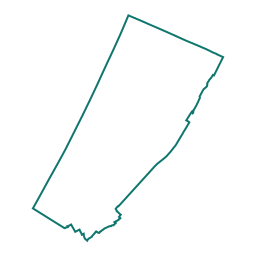 outline of Noordwijk, Zuid-Holland, Netherlands
{"feature_id": "6326949B12806125708238", "entity_name": "Noordwijk", "entity_type": "district", "adm_level": 2, "iso_a3": "NLD", "parent_name": "Netherlands", "parent_adm1": "Zuid-Holland", "projection": "albers", "projection_center": [4.48, 52.27], "detail": "fine", "context": "isolated", "style": "outline", "palette": "teal", "viewbox_px": 256, "rotation_deg": 0, "n_neighbors": 0, "source": "geoboundaries", "source_scale": "gbopen_adm2", "svg_char_len": 4337}
<svg xmlns="http://www.w3.org/2000/svg" viewBox="0 0 256 256"><path d="M205.1,48.7L203.8,48.1L201.3,47.1L200.8,46.8L186.4,40.8L178.4,37.2L166.4,31.8L147.9,23.8L146.2,23.0L128.4,15.4L120.7,33.6L112.7,51.2L105.7,66.1L97.0,85.1L90.6,98.7L82.7,115.0L65.5,149.3L57.6,163.8L48.5,180.1L39.6,196.4L32.9,208.4L63.0,227.2L63.1,227.3L63.6,227.5L64.1,228.0L64.3,228.1L64.6,228.1L64.8,228.1L65.0,228.1L65.5,227.8L65.5,227.7L66.4,227.2L66.5,227.2L66.8,227.2L67.1,227.3L67.3,227.4L67.3,227.5L67.7,227.9L67.6,227.7L67.7,227.3L67.8,227.1L67.9,226.9L68.0,226.9L68.0,226.7L68.3,226.4L68.5,226.2L68.4,226.1L68.5,226.1L68.7,225.9L68.8,225.8L69.5,225.4L71.1,224.5L71.4,225.0L72.6,227.2L73.3,228.3L73.5,228.7L75.2,231.8L79.5,229.6L80.4,231.7L80.5,231.7L81.0,232.5L81.4,233.6L81.6,234.0L81.8,234.6L81.9,234.8L82.7,234.3L82.9,234.2L83.2,233.9L83.7,233.7L83.8,234.6L83.8,234.8L83.8,235.3L83.9,235.6L83.9,235.9L84.0,236.4L84.1,236.8L84.2,237.0L84.4,237.4L84.5,237.7L84.6,237.9L84.7,238.1L84.8,238.3L85.2,238.9L85.4,239.1L85.5,239.2L85.5,239.3L85.8,239.4L86.0,239.5L86.3,239.8L86.9,240.4L87.1,240.6L87.2,240.4L87.4,240.1L87.5,240.1L87.7,239.7L88.0,239.3L88.6,238.7L88.8,238.5L89.5,238.3L90.0,237.9L91.7,236.8L91.8,236.8L91.9,236.7L92.0,236.2L92.6,235.6L93.1,234.9L93.9,234.1L94.2,233.7L94.3,233.5L94.7,233.2L94.9,232.9L95.1,232.8L95.2,232.6L95.3,232.6L95.5,232.3L95.6,232.1L95.6,231.9L96.0,231.5L96.1,231.4L96.3,231.4L96.6,231.6L97.4,232.2L98.2,232.7L98.3,232.8L98.5,232.8L98.6,232.7L98.8,232.7L99.0,232.8L99.3,232.9L99.6,232.5L99.7,232.3L99.8,232.2L99.9,231.9L100.0,231.8L100.0,231.7L100.8,231.3L101.0,231.3L101.1,231.2L101.3,231.1L101.4,230.9L101.5,230.8L101.5,230.7L101.8,230.5L102.2,230.2L102.5,230.0L102.6,229.9L102.9,229.8L103.0,229.6L103.5,229.3L103.9,229.0L104.1,228.8L104.2,228.7L104.4,228.6L104.7,228.5L105.1,228.2L105.7,228.0L107.1,227.3L108.5,226.6L109.0,226.5L109.2,226.4L109.8,226.1L110.0,226.1L110.7,226.1L110.9,226.1L111.1,226.1L111.3,225.9L111.5,225.6L111.9,225.4L112.2,225.3L112.6,225.2L112.9,225.2L113.2,225.2L113.4,225.1L113.5,225.2L114.3,224.6L114.8,223.8L115.5,223.4L114.4,222.1L114.9,221.8L115.1,221.7L115.7,221.4L116.0,221.8L116.2,221.6L116.6,221.1L116.8,220.9L117.3,220.6L117.7,220.3L117.9,220.2L118.0,220.1L118.4,219.9L118.6,219.9L118.8,219.4L118.9,219.2L119.5,218.8L119.7,218.7L120.2,218.5L120.4,218.2L119.0,216.9L120.8,214.7L120.6,214.5L120.2,214.3L118.6,212.8L118.0,212.2L117.4,211.7L116.7,211.1L116.7,210.9L116.8,210.7L116.3,210.0L115.7,208.9L115.8,208.8L115.9,208.7L116.6,207.6L117.6,206.5L117.7,206.4L118.3,206.0L118.5,206.2L118.8,205.9L123.0,201.3L132.8,190.5L140.7,181.8L148.6,173.1L150.8,170.7L152.6,168.7L155.0,166.0L155.5,165.6L156.4,164.6L157.5,163.6L159.8,161.8L162.3,159.8L163.8,158.6L166.1,156.6L166.4,156.4L166.8,156.0L167.8,154.8L170.4,151.9L171.5,150.5L172.2,149.6L174.0,147.3L174.8,146.4L175.9,144.9L176.8,143.4L178.0,141.3L179.6,138.7L180.4,137.3L181.7,135.2L183.2,132.6L183.5,132.0L184.9,129.8L185.1,129.5L186.4,127.3L189.1,122.7L189.3,122.3L187.8,121.2L187.3,120.9L186.8,120.6L186.3,120.4L188.6,116.7L191.6,112.0L191.9,111.6L192.1,111.4L192.2,111.6L192.7,113.2L193.2,112.8L193.2,111.5L193.2,111.4L193.5,110.9L193.4,110.7L193.7,110.0L194.1,109.5L194.2,109.3L194.3,109.0L194.4,108.7L194.6,108.4L194.8,108.1L195.1,107.7L195.4,107.1L196.2,105.8L196.5,105.3L196.5,105.2L196.7,104.7L197.8,102.4L198.0,102.1L198.1,101.8L198.3,101.3L198.7,100.5L198.8,100.2L198.9,99.9L199.4,99.0L199.8,98.1L199.9,97.9L199.9,97.5L199.8,97.3L199.7,97.0L199.6,96.8L199.6,96.7L199.9,95.9L200.2,95.5L200.4,95.1L201.0,93.9L201.1,93.6L201.4,93.2L201.5,93.0L201.6,92.9L202.1,91.9L202.6,90.9L202.8,90.5L203.1,90.0L203.3,89.7L203.5,89.4L204.2,88.7L204.4,88.6L204.6,88.5L205.1,88.0L205.7,87.5L205.8,87.4L205.9,87.2L206.2,87.1L206.4,86.9L206.5,86.8L206.7,86.5L206.8,86.4L206.9,86.2L207.0,86.0L207.0,85.7L207.1,85.3L207.2,85.0L207.3,84.9L207.3,84.7L207.3,84.4L207.3,84.2L207.3,83.8L207.2,83.7L207.3,83.5L207.3,83.4L207.3,83.2L207.5,82.9L207.6,82.6L207.8,82.3L208.3,81.6L208.4,81.4L208.8,80.8L209.1,80.3L209.2,80.0L209.3,79.9L209.4,79.7L210.0,79.1L210.5,78.5L210.9,78.1L211.2,77.7L211.3,77.6L211.6,77.2L211.9,76.6L212.1,76.4L213.0,74.9L214.0,75.4L221.4,60.5L223.1,57.1L219.8,55.6L217.1,54.4L216.6,54.1L216.5,53.9L212.5,52.3L209.7,50.8L209.0,50.5L208.8,50.4L207.9,50.0L206.3,49.2L205.4,48.8L205.1,48.7Z" fill="none" stroke="#0f766e" stroke-width="2"/></svg>